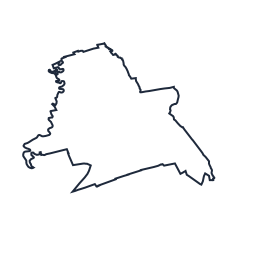 the district of Bucecea, Botosani, Romania, rotated 15°
{"feature_id": "2599482B9229930531525", "entity_name": "Bucecea", "entity_type": "district", "adm_level": 2, "iso_a3": "ROU", "parent_name": "Romania", "parent_adm1": "Botosani", "projection": "natural_earth1", "projection_center": [26.438, 47.768], "detail": "fine", "context": "isolated", "style": "outline", "palette": "slate", "viewbox_px": 256, "rotation_deg": 15, "n_neighbors": 0, "source": "geoboundaries", "source_scale": "gbopen_adm2", "svg_char_len": 5512}
<svg xmlns="http://www.w3.org/2000/svg" viewBox="0 0 256 256"><g transform="rotate(15 128 128)"><path d="M223.8,156.3L223.4,155.5L223.3,154.9L224.0,154.6L224.2,154.3L224.3,154.0L224.2,153.6L223.3,153.0L222.9,152.5L222.0,152.0L221.4,151.1L220.6,150.3L220.3,149.6L220.2,148.7L220.2,147.9L220.0,147.0L219.3,146.1L218.3,145.2L218.0,144.5L216.2,142.5L215.4,141.3L214.9,139.2L210.5,135.9L207.7,134.4L206.7,133.2L204.9,131.7L193.6,122.9L193.0,122.6L182.8,114.8L180.8,113.0L180.4,113.3L178.0,112.5L174.8,110.5L171.7,108.3L170.5,108.0L170.2,107.8L169.4,105.8L168.5,104.9L164.1,103.3L164.5,101.9L164.6,100.3L164.5,99.8L163.8,99.2L163.5,97.3L163.6,96.4L164.4,94.7L165.0,94.1L165.5,93.8L166.7,92.8L168.0,92.4L168.6,91.4L168.9,90.5L168.8,87.5L168.8,85.3L168.6,83.7L166.6,80.3L166.2,79.8L165.4,79.1L162.3,77.7L161.8,77.1L161.6,76.4L157.9,78.5L153.2,80.3L149.2,82.0L138.7,86.9L135.7,88.1L132.2,89.8L131.1,90.2L130.7,90.3L130.5,90.2L130.3,89.8L130.4,89.1L130.4,88.4L130.2,87.8L129.1,86.9L128.7,86.1L128.8,86.1L128.7,85.9L128.2,85.1L127.2,84.3L126.6,83.3L123.7,80.6L122.8,78.6L122.6,77.8L118.4,79.5L116.7,77.8L115.2,76.7L114.9,75.9L113.6,74.2L113.2,73.5L112.1,72.2L111.1,71.0L109.6,69.6L108.4,68.9L107.5,68.0L107.2,67.3L107.1,66.8L105.9,64.4L105.2,63.8L105.1,63.5L104.9,63.6L104.5,63.4L103.9,62.3L102.9,62.4L102.2,62.0L101.2,62.3L100.4,62.1L100.0,62.1L99.5,61.8L99.4,61.7L99.5,61.2L99.3,61.0L98.9,60.7L97.4,60.3L97.3,60.1L97.3,59.8L96.8,59.5L96.6,59.5L96.4,59.7L96.0,60.6L95.0,61.2L94.7,61.3L93.4,60.3L92.6,59.9L92.0,59.4L92.0,58.8L91.2,58.6L91.3,58.4L92.1,58.2L92.9,57.6L92.9,57.4L92.8,57.1L92.5,56.9L91.3,56.8L90.6,56.9L90.2,56.5L90.4,56.4L90.4,56.2L89.9,56.2L89.5,56.6L89.4,56.5L89.3,56.1L88.8,55.8L88.7,55.8L88.8,56.0L88.7,56.2L88.3,55.8L88.2,55.9L87.5,55.8L87.0,55.3L86.3,55.5L86.1,55.4L85.9,55.0L85.2,55.0L85.1,54.8L85.5,54.4L85.3,54.1L84.9,53.8L84.7,53.5L84.4,53.3L84.2,53.1L83.0,52.9L82.9,52.8L83.4,52.4L83.2,52.2L82.8,52.5L82.5,52.4L82.6,52.5L82.1,53.1L78.8,54.7L76.8,55.6L77.0,56.1L77.6,56.7L78.6,58.1L74.2,60.2L65.2,66.0L64.6,65.4L64.2,65.2L62.5,65.6L60.2,67.1L59.7,66.4L55.6,69.3L55.7,69.5L57.2,70.6L48.3,75.6L48.9,75.9L46.0,78.0L45.8,78.5L46.6,80.3L48.1,81.3L48.2,81.7L48.1,82.1L47.2,83.1L46.6,84.4L46.1,84.7L45.3,85.0L44.7,85.0L44.4,84.7L44.4,83.2L44.9,82.1L44.9,81.4L41.2,84.7L38.8,86.6L40.8,89.5L44.7,87.3L45.4,87.5L45.7,88.2L46.0,88.4L47.2,88.8L48.0,88.7L49.2,88.0L49.7,87.8L50.0,87.8L50.4,88.0L50.7,88.7L50.8,89.2L50.7,89.6L50.5,90.0L49.4,91.3L48.8,91.6L47.9,91.9L47.2,91.7L46.8,91.4L46.5,91.6L46.0,92.2L45.8,92.5L45.9,93.5L46.1,94.1L45.6,94.8L45.1,94.9L44.7,94.7L43.8,93.7L43.6,93.0L43.9,92.1L44.2,91.7L44.6,90.7L44.5,90.2L44.3,90.1L43.9,90.1L43.4,90.1L42.7,91.3L41.9,92.3L40.3,93.4L39.5,93.5L38.9,93.4L38.2,92.6L37.5,92.1L37.3,92.0L36.6,92.4L36.6,92.8L36.6,93.4L37.0,93.8L37.4,94.1L38.1,94.3L39.9,94.6L40.6,94.6L41.4,94.3L42.4,94.3L43.7,94.9L44.4,95.5L45.3,96.8L45.8,97.6L46.6,98.3L48.6,98.8L49.2,99.3L49.3,99.9L49.2,100.1L46.7,101.1L46.4,101.3L46.5,101.8L46.7,102.0L47.9,102.2L49.5,102.1L50.9,102.3L51.3,102.0L51.5,101.7L51.6,100.2L51.8,99.9L52.7,99.6L53.3,99.5L53.7,99.5L54.1,99.6L54.5,100.1L55.2,101.5L55.1,102.5L54.8,103.2L53.4,105.1L52.7,105.5L51.9,105.9L51.3,106.4L51.1,106.7L51.1,107.3L51.3,107.7L51.7,107.9L54.8,107.4L55.4,107.4L55.9,107.8L56.2,108.3L56.3,108.6L56.3,109.1L56.1,109.6L55.6,110.4L55.0,110.8L54.1,111.1L52.7,110.9L52.2,110.9L51.9,111.1L51.7,111.5L51.2,114.4L51.5,116.1L51.4,116.7L51.1,117.2L50.1,117.7L50.1,118.0L51.1,119.3L52.2,120.7L52.5,122.7L52.0,124.5L49.1,123.9L48.6,124.6L51.5,126.3L54.1,129.2L48.9,131.7L48.8,131.9L50.5,134.6L52.2,136.1L52.3,136.7L51.9,137.6L51.2,137.7L48.9,138.9L49.0,140.1L49.5,140.7L52.1,142.1L52.8,143.0L54.4,144.8L54.7,145.5L54.7,146.2L54.5,146.8L53.8,147.5L52.8,148.1L52.1,148.7L51.3,149.9L51.3,150.5L51.8,151.5L53.5,152.6L54.3,153.5L54.3,154.1L53.7,155.1L50.5,157.0L48.2,158.0L47.1,158.2L45.1,157.7L44.1,157.7L43.4,158.1L42.9,159.2L42.6,160.4L42.1,161.2L39.0,164.0L36.3,167.0L34.8,168.5L32.3,170.1L31.7,172.0L32.0,172.7L33.5,173.5L35.6,173.9L37.1,173.9L38.5,174.1L39.1,174.4L39.4,175.1L39.1,175.7L38.4,176.0L34.8,177.4L34.0,178.1L33.7,178.8L33.6,179.5L33.7,181.0L34.1,182.1L34.3,182.4L38.1,185.7L38.4,186.4L38.8,187.9L39.5,189.2L40.9,190.5L41.7,191.2L42.4,191.5L43.7,191.8L45.4,191.8L46.4,191.3L47.0,190.7L46.6,190.6L46.2,190.3L45.6,190.4L45.1,190.2L43.9,188.8L43.6,188.1L42.5,187.1L41.8,186.1L41.5,184.9L42.1,183.9L42.3,183.3L44.2,181.7L44.7,181.0L44.5,180.6L44.3,180.4L43.2,179.9L42.8,179.6L42.0,179.3L41.7,179.1L41.5,178.7L41.5,178.3L41.1,177.3L41.1,177.1L41.4,176.7L41.9,176.5L43.1,176.3L43.8,176.9L44.3,177.2L46.5,177.5L47.0,177.5L48.7,176.7L49.2,176.3L49.3,175.3L49.0,174.4L49.9,173.9L51.2,176.5L52.3,176.0L54.0,175.9L54.5,175.6L55.2,175.1L55.7,174.5L59.1,172.8L74.4,164.3L77.0,167.7L76.6,167.9L78.3,170.3L84.5,178.1L93.8,174.0L95.0,173.6L96.8,173.4L97.7,173.1L101.7,173.8L101.4,179.4L100.7,182.9L99.9,184.8L99.0,187.0L95.4,194.1L91.0,203.8L93.0,202.6L96.1,200.4L98.1,199.2L102.0,196.7L110.5,190.8L112.7,192.6L113.2,192.2L113.5,192.4L115.3,190.8L115.1,190.7L129.3,180.8L129.1,180.5L129.3,180.4L129.1,180.1L136.5,175.3L139.8,173.3L139.7,173.2L140.4,172.8L140.3,172.7L151.6,165.5L151.4,165.2L163.0,159.0L166.9,156.7L168.3,155.5L168.9,154.9L169.5,154.5L170.1,154.6L170.8,154.0L172.6,155.0L182.5,150.1L190.5,158.7L192.6,156.8L193.1,156.2L194.0,155.4L194.7,154.6L196.9,158.0L199.0,158.6L212.2,163.5L213.5,163.7L214.1,160.1L213.8,154.9L214.3,151.9L218.6,153.2L220.5,157.2L223.6,156.4L223.8,156.3Z" fill="none" stroke="#1e293b" stroke-width="2"/></g></svg>